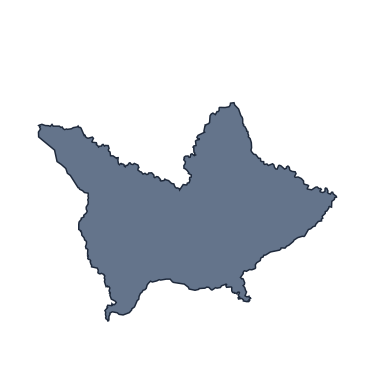 Sant'Ana do Livramento, Rio Grande do Sul, Brazil (Robinson projection), rotated 156°
{"feature_id": "56859067B62565689468111", "entity_name": "Sant'Ana do Livramento", "entity_type": "district", "adm_level": 2, "iso_a3": "BRA", "parent_name": "Brazil", "parent_adm1": "Rio Grande do Sul", "projection": "robinson", "projection_center": [-55.556, -30.804], "detail": "fine", "context": "isolated", "style": "filled", "palette": "slate", "viewbox_px": 384, "rotation_deg": 156, "n_neighbors": 0, "source": "geoboundaries", "source_scale": "gbopen_adm2", "svg_char_len": 6043}
<svg xmlns="http://www.w3.org/2000/svg" viewBox="0 0 384 384"><g transform="rotate(156 192 192)"><path d="M314.3,173.5L313.9,172.5L312.9,171.9L312.6,170.2L313.4,169.7L313.7,166.8L313.4,166.2L314.2,164.5L309.5,161.0L309.4,158.8L310.8,156.5L310.3,155.5L309.4,154.6L307.8,154.5L306.0,152.4L306.2,151.6L305.8,150.8L307.2,149.0L307.0,147.8L308.4,145.8L309.0,140.4L307.5,140.4L307.6,139.7L306.4,139.4L306.1,137.7L308.0,135.4L307.8,133.8L308.4,133.2L307.8,132.9L309.0,131.0L309.3,127.0L306.6,123.6L306.1,121.9L308.5,120.6L310.4,121.8L310.6,122.5L311.2,121.5L310.9,120.9L311.5,120.8L315.0,122.8L316.5,121.5L316.2,120.7L319.8,119.1L319.7,117.4L320.8,115.5L321.3,112.9L322.1,112.2L322.1,111.0L321.3,110.1L321.4,108.5L320.6,108.3L319.9,109.1L318.5,112.1L316.5,113.8L316.3,114.7L313.6,115.0L309.4,112.1L308.4,109.9L304.9,107.7L298.3,107.3L295.1,108.8L294.5,109.7L291.3,110.4L286.2,115.1L284.3,115.6L282.8,118.2L280.3,120.4L278.7,120.7L276.7,122.1L274.8,121.9L273.0,122.6L270.9,125.2L269.0,126.3L266.2,127.4L264.8,125.9L260.2,125.1L257.7,125.3L256.5,124.3L251.0,122.9L247.4,121.3L246.4,117.9L245.6,116.9L236.5,111.0L234.1,106.5L234.1,104.5L229.2,101.0L225.5,100.3L224.7,100.9L219.3,98.9L217.2,99.1L215.4,98.0L214.1,94.7L213.4,94.3L209.3,95.0L208.3,94.0L204.9,93.2L203.2,94.3L198.4,94.0L198.0,93.5L199.2,92.5L199.2,90.9L195.0,89.4L194.5,88.7L195.9,85.5L195.7,83.7L194.4,83.1L194.5,82.3L193.2,81.9L192.4,80.7L191.2,81.8L189.8,81.5L189.6,80.6L191.6,79.1L191.8,78.0L191.2,76.6L192.9,76.6L193.0,75.3L189.9,74.5L188.9,72.6L189.4,71.6L186.2,69.3L185.3,69.6L184.8,68.8L183.5,69.4L183.8,70.3L183.3,70.7L181.7,70.9L181.7,71.7L182.6,72.6L182.3,73.6L184.5,73.9L185.8,75.6L182.8,78.5L183.1,80.1L182.7,83.3L183.4,85.7L181.8,86.2L180.8,87.6L180.6,91.5L180.9,92.3L181.7,92.3L182.5,94.2L178.4,96.6L178.3,97.4L177.1,98.4L176.2,98.7L174.5,97.4L171.1,97.8L169.0,96.6L165.7,96.4L164.8,96.8L163.7,99.8L161.6,101.1L157.5,101.6L156.2,103.5L155.1,103.9L153.4,103.7L152.3,105.0L150.2,104.5L144.7,105.3L135.7,103.3L134.1,103.7L133.7,104.5L132.7,104.4L129.8,102.9L127.5,104.0L125.1,104.0L119.6,105.6L118.3,106.6L114.0,107.3L109.3,106.7L107.7,105.8L106.8,106.1L100.9,110.4L98.6,110.1L95.5,111.1L93.2,110.8L92.3,112.0L88.6,113.7L85.4,112.9L84.8,114.6L83.2,114.8L83.1,116.5L82.6,117.0L79.1,118.2L78.2,119.9L76.5,119.8L73.5,121.8L73.0,122.7L72.4,122.9L70.7,121.4L68.1,126.6L65.0,127.3L64.0,128.8L62.1,128.5L61.9,129.4L63.7,132.8L63.6,134.6L64.6,135.0L66.4,133.8L67.9,135.2L68.4,136.4L67.4,137.6L67.4,140.5L68.4,141.3L69.0,141.0L70.4,138.4L72.7,138.3L74.7,139.9L74.7,140.9L72.8,141.7L73.1,142.9L74.6,143.5L75.6,145.7L77.1,146.1L81.8,145.3L85.4,147.8L85.2,148.5L83.0,150.2L83.4,151.2L86.3,153.5L86.4,154.8L85.6,156.7L86.6,159.8L89.0,162.6L91.3,163.2L92.0,164.0L91.8,164.7L89.5,166.4L89.5,168.5L92.2,170.1L93.5,171.7L93.7,172.6L93.1,175.0L93.8,176.7L95.5,176.4L96.2,175.3L98.1,175.3L100.2,179.9L101.4,180.9L102.1,180.9L104.9,178.3L106.1,179.0L106.6,180.9L106.2,183.5L106.9,185.0L111.5,185.2L112.1,187.1L114.5,187.7L114.9,188.5L114.2,190.6L116.0,191.5L116.6,192.5L115.9,194.5L116.1,195.2L117.5,195.7L118.5,200.2L120.3,201.5L121.2,204.7L121.1,206.3L119.6,208.1L117.7,213.0L117.2,217.2L118.1,219.5L117.2,220.8L117.1,223.1L116.4,223.9L116.5,224.8L117.3,225.3L116.8,226.9L117.1,230.1L118.0,231.7L117.3,232.8L117.8,233.9L116.0,238.1L115.8,239.8L116.3,242.1L115.7,248.8L117.6,254.1L117.3,256.5L120.7,257.5L121.9,255.7L123.5,254.8L127.4,255.7L132.2,258.0L133.0,257.8L134.1,255.4L135.3,254.8L136.4,255.3L139.2,253.2L140.8,255.6L142.7,255.4L144.5,254.3L147.7,248.3L149.2,247.7L152.8,247.8L152.7,247.1L153.5,246.8L156.4,242.7L156.1,241.5L163.3,241.3L165.3,240.0L165.0,238.5L163.7,237.7L164.0,237.0L166.9,237.5L168.1,237.1L169.4,232.8L171.7,233.3L172.8,232.6L172.3,231.9L174.0,227.7L173.6,226.5L174.3,225.0L173.8,224.4L175.1,224.3L176.4,226.9L177.8,226.9L179.6,224.5L180.6,224.8L180.9,226.5L183.4,227.4L185.1,226.9L185.4,225.5L186.1,225.4L186.4,224.5L185.7,222.3L186.9,220.5L188.7,219.4L189.7,216.9L188.7,215.9L187.6,213.5L187.1,210.8L187.7,210.4L185.7,207.9L186.4,206.4L187.0,205.8L188.2,206.2L189.2,204.4L188.9,203.8L190.8,201.7L192.7,202.0L193.8,200.7L194.4,200.8L197.0,202.4L202.5,198.9L202.3,200.3L203.7,201.7L204.7,201.9L205.5,203.8L205.3,206.8L207.2,208.1L208.7,211.9L211.2,214.0L211.5,214.8L212.9,213.9L215.9,214.7L216.3,215.4L215.8,215.9L216.0,217.2L216.8,219.6L218.1,220.5L220.1,220.2L220.6,220.9L220.0,223.1L221.0,225.9L223.8,227.0L225.1,226.1L226.3,226.4L227.3,228.2L229.5,228.3L230.3,231.1L231.1,231.5L232.5,234.2L231.3,235.9L230.6,235.9L230.4,238.6L233.1,241.6L234.7,241.1L236.3,242.1L236.6,243.7L237.4,244.1L240.1,242.6L241.5,243.1L242.7,242.1L243.3,243.1L243.0,244.7L243.9,245.8L244.8,246.0L245.0,246.8L245.7,247.0L247.2,246.4L247.7,247.7L246.9,250.9L245.5,253.4L246.8,253.9L247.3,253.5L249.4,257.1L251.7,258.2L250.8,261.2L250.7,262.2L251.5,263.2L251.3,264.6L250.0,265.6L249.7,268.5L252.0,269.7L253.3,269.6L253.8,271.6L254.7,271.8L256.1,270.8L257.8,271.4L259.1,271.1L259.2,272.7L260.1,274.1L259.4,275.0L259.4,276.0L262.8,278.0L263.0,278.7L260.2,281.1L260.7,282.7L264.8,283.3L265.7,283.8L266.9,285.9L266.6,287.2L267.0,288.0L267.5,287.8L267.4,295.6L267.8,296.4L269.0,297.0L269.2,298.6L270.2,298.1L274.3,299.1L276.4,298.8L280.3,299.9L281.0,300.6L283.0,300.8L283.9,302.1L284.2,304.2L285.5,304.3L286.4,306.1L292.0,308.6L292.4,310.7L294.9,309.6L296.0,310.9L299.0,312.4L301.6,314.9L304.5,315.2L305.1,315.1L304.2,313.5L304.9,313.0L304.7,311.2L307.9,309.2L309.7,304.7L300.5,286.2L302.9,274.7L300.3,270.5L297.7,264.8L298.2,259.8L296.4,256.6L294.3,242.3L293.7,241.9L293.5,240.2L291.4,237.7L290.5,235.3L287.4,233.2L288.0,231.3L288.7,230.6L289.0,228.6L290.4,227.3L290.7,225.4L291.9,223.2L294.8,221.3L295.6,219.3L295.5,217.1L297.2,215.7L300.3,214.8L300.9,213.2L303.9,213.1L304.2,212.1L307.4,210.5L308.6,208.5L310.7,203.8L309.3,201.7L309.8,201.3L309.3,200.2L310.2,197.3L309.2,194.2L309.6,191.8L309.0,191.2L308.6,189.5L309.7,187.3L311.5,185.4L311.8,183.4L311.1,183.1L310.6,181.8L312.7,177.7L312.8,175.9L313.4,176.0L313.7,174.2L314.3,173.5Z" fill="#64748b" stroke="#1e293b" stroke-width="1.5"/></g></svg>